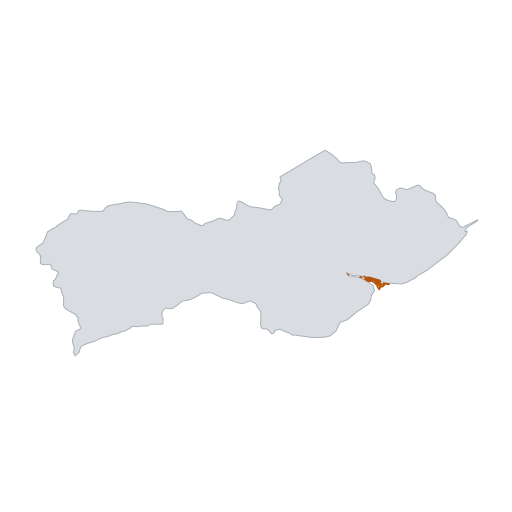 Essequibo I./L.B.E.River, Essequibo Islands-West Demerara, Guyana shown in context, rotated 93°
{"feature_id": "73187651B51062108887281", "entity_name": "Essequibo I./L.B.E.River", "entity_type": "district", "adm_level": 2, "iso_a3": "GUY", "parent_name": "Guyana", "parent_adm1": "Essequibo Islands-West Demerara", "projection": "equal_earth", "projection_center": [-58.518, 6.771], "detail": "fine", "context": "in_parent", "style": "filled", "palette": "amber", "viewbox_px": 512, "rotation_deg": 93, "n_neighbors": 0, "source": "geoboundaries", "source_scale": "gbopen_adm2", "svg_char_len": 6333}
<svg xmlns="http://www.w3.org/2000/svg" viewBox="0 0 512 512"><g transform="rotate(93 256 256)"><path d="M175.7,236.1L166.3,222.0L156.8,207.9L147.5,193.9L146.9,192.0L150.8,185.4L154.3,180.7L157.2,178.0L158.6,175.6L157.6,165.4L157.6,161.7L156.3,157.7L155.3,153.2L156.5,149.5L157.9,146.9L159.7,145.9L164.0,144.9L167.1,144.6L168.2,143.1L170.0,141.3L172.3,141.2L176.9,142.5L179.0,140.2L182.7,137.1L191.2,131.9L193.1,128.4L194.5,123.1L194.3,120.6L193.5,119.6L191.4,118.8L188.1,118.7L185.6,120.0L182.9,119.3L180.7,116.0L180.6,113.3L181.9,109.4L181.1,106.9L176.9,98.8L176.9,96.6L180.0,93.0L181.7,89.9L184.1,82.5L186.0,80.0L191.9,79.2L193.4,77.6L196.5,73.7L200.9,69.3L207.4,65.7L209.2,59.2L210.4,57.5L215.5,54.1L216.4,52.2L216.3,50.6L208.1,36.1L209.7,37.1L216.1,46.6L219.6,48.6L220.4,48.7L220.4,46.2L223.6,47.3L232.0,53.7L244.3,64.4L261.5,84.7L266.4,92.4L269.7,96.0L274.8,104.8L276.3,109.1L276.2,126.3L271.6,137.9L270.5,146.7L270.3,158.3L267.6,165.0L271.1,161.4L272.2,150.9L275.2,144.5L279.1,137.5L284.2,135.8L289.8,138.8L294.3,139.3L298.3,141.4L306.7,152.6L314.9,161.5L317.9,168.6L326.6,172.1L331.8,177.7L333.4,182.6L334.5,195.3L332.8,214.4L333.3,215.4L330.9,219.2L330.5,221.6L329.0,225.8L327.8,228.1L329.5,233.4L331.5,233.7L332.2,234.4L332.7,235.4L332.6,236.5L331.9,237.5L330.0,238.8L328.2,241.9L328.4,245.3L327.2,247.0L323.6,247.9L316.6,247.9L313.1,248.2L310.4,248.8L308.5,250.9L306.2,252.5L304.4,252.8L302.8,255.4L301.2,259.0L301.7,261.4L303.4,264.7L304.4,268.1L303.1,273.5L301.7,277.7L300.9,281.0L299.8,287.1L297.0,293.9L295.1,297.8L295.1,302.0L296.1,308.0L301.6,316.7L303.5,320.8L305.0,327.5L310.0,332.8L313.1,337.0L312.8,342.6L313.3,344.4L315.2,345.8L317.6,346.9L320.2,346.8L322.5,346.3L323.1,345.5L328.5,345.4L329.1,346.8L329.4,354.9L329.7,358.2L331.0,359.5L331.7,361.5L331.8,363.3L332.0,367.8L332.8,370.2L332.7,375.0L333.3,376.8L334.8,378.0L336.6,381.5L337.4,381.9L337.7,383.1L339.4,388.1L340.2,389.5L340.8,389.8L341.0,391.5L342.2,396.1L343.0,397.2L344.5,400.6L345.1,404.3L347.1,408.4L349.1,411.4L350.1,414.4L352.7,421.1L355.2,425.8L358.6,427.0L361.5,427.7L363.3,429.5L365.1,431.4L363.2,432.3L361.5,433.5L359.1,432.6L355.9,433.1L352.5,434.4L349.3,435.1L343.4,433.0L341.6,432.7L340.4,431.8L337.9,427.6L336.8,427.1L333.6,429.1L329.8,430.4L327.9,430.2L325.7,431.6L323.7,433.4L319.8,441.5L317.8,444.4L315.6,445.7L311.3,445.7L306.6,446.0L303.2,447.9L299.9,448.9L298.3,449.1L297.8,453.5L297.0,455.6L296.0,456.7L293.5,457.1L291.2,456.9L289.8,455.1L287.3,454.2L285.0,453.5L283.6,452.4L282.4,452.7L281.4,454.6L280.6,456.1L279.9,459.0L276.5,460.0L275.0,461.6L275.9,467.1L275.5,469.2L274.8,470.9L270.6,471.2L267.1,471.1L265.0,473.1L262.5,475.4L261.0,475.9L259.2,475.7L256.8,473.0L254.4,469.7L248.6,467.3L242.7,465.4L238.9,460.1L238.0,457.5L236.2,456.3L231.7,450.0L229.2,446.0L226.5,444.9L223.4,443.2L223.5,440.3L223.3,437.4L221.9,436.3L220.1,435.5L219.4,433.9L219.6,430.2L220.0,420.7L219.4,411.5L215.3,408.4L213.5,406.2L210.3,392.7L208.8,386.6L208.7,382.1L209.8,368.6L211.0,362.8L214.2,351.1L216.1,347.1L216.2,344.1L216.0,340.3L215.1,332.8L220.5,328.1L222.9,326.1L223.2,322.9L226.2,318.9L227.5,315.1L228.6,312.1L228.3,310.5L227.0,309.6L225.5,306.7L222.3,298.5L221.2,296.8L220.2,294.5L220.7,290.9L222.0,286.9L221.8,285.3L219.9,283.1L216.0,279.6L212.8,279.3L210.3,278.1L206.6,277.9L203.7,277.5L202.0,276.2L202.4,274.0L203.1,272.3L205.6,268.2L207.2,263.8L207.4,259.4L207.9,253.8L208.7,248.8L209.1,243.3L205.2,239.6L203.9,236.6L202.3,233.9L200.6,233.9L197.9,232.8L193.7,236.3L190.5,235.6L188.2,237.0L183.0,236.7L179.7,235.0L175.7,236.1Z" fill="#d9dde1" stroke="#a8b0b8" stroke-width="1"/><path d="M282.9,131.2L281.8,130.6L281.0,130.5L280.7,130.3L279.0,130.7L278.8,131.0L278.3,131.8L276.9,133.6L276.8,133.9L276.8,134.8L276.8,135.9L277.1,135.9L277.7,134.9L279.1,133.6L280.1,133.1L281.3,132.7L281.5,132.5L281.8,131.8L282.8,131.4L282.9,131.2ZM276.5,135.1L276.3,134.5L276.2,134.4L275.9,134.4L275.4,135.0L275.0,135.1L274.7,135.3L274.4,135.8L274.1,136.7L273.9,137.3L273.7,138.4L273.1,140.3L272.9,140.8L272.7,142.0L272.6,144.7L272.7,144.9L273.2,143.3L273.5,142.0L273.9,141.0L274.5,140.2L274.7,139.4L275.1,138.9L275.5,138.2L276.0,137.1L276.4,135.9L276.5,135.5L276.5,135.1ZM280.1,128.3L279.7,127.7L278.6,126.5L278.2,126.3L278.1,126.5L277.9,127.7L277.7,128.4L276.6,130.3L276.4,130.7L276.3,131.6L276.1,132.1L274.9,133.7L274.8,134.2L274.9,134.3L276.1,133.5L276.5,133.1L278.4,130.5L279.1,129.7L280.1,129.0L280.2,128.6L280.1,128.3ZM275.4,130.8L275.3,130.7L275.0,130.8L274.7,131.1L274.6,131.4L273.9,132.4L273.4,134.0L273.1,134.5L272.8,135.5L272.7,136.0L272.7,136.4L272.8,136.4L272.9,135.9L274.0,133.8L275.1,132.2L275.3,131.7L275.4,130.8ZM277.3,122.1L277.2,121.8L276.9,122.0L276.8,122.3L276.7,125.0L276.5,126.6L276.6,127.0L276.8,127.0L277.0,126.4L277.0,125.4L277.3,123.4L277.3,122.1ZM275.3,140.5L275.1,140.3L274.7,141.1L274.2,142.7L274.3,143.0L275.2,141.3L275.3,140.9L275.3,140.5ZM272.5,141.0L272.4,140.5L272.3,140.3L272.1,140.8L272.1,142.0L272.2,142.7L272.4,142.8L272.4,142.6L272.5,141.0ZM273.1,137.2L272.5,137.8L272.3,138.6L272.3,138.8L272.5,138.8L273.0,138.1L273.1,137.8L273.1,137.2ZM274.4,130.8L274.0,131.0L273.5,131.8L273.4,132.1L273.5,132.5L273.6,132.4L273.8,132.2L274.4,131.0L274.4,130.8ZM271.9,141.1L271.8,140.9L271.6,140.9L271.5,141.4L271.6,142.2L271.5,142.5L271.6,142.8L271.8,142.3L271.9,141.5L271.9,141.1ZM274.3,144.4L274.3,144.2L274.1,144.4L273.6,145.1L273.5,145.4L273.6,145.7L274.3,144.6L274.3,144.4ZM272.0,149.5L271.9,149.4L271.8,149.5L271.7,149.7L271.8,150.5L271.9,150.0L272.0,149.7L272.0,149.5ZM272.3,144.2L272.2,143.9L272.0,144.8L272.0,145.3L272.1,145.1L272.3,144.6L272.3,144.2ZM273.9,143.4L273.7,143.5L273.3,144.0L273.2,144.3L273.4,144.3L273.9,143.7L273.9,143.4ZM275.1,142.7L274.8,142.9L274.6,143.1L274.4,143.5L274.6,143.6L275.1,143.0L275.1,142.7ZM271.5,150.3L271.4,150.2L271.3,150.3L271.5,151.6L271.5,150.9L271.5,150.3ZM274.0,141.7L273.9,141.9L273.9,142.2L273.6,142.8L273.6,143.0L273.7,142.9L274.0,142.5L274.1,142.0L274.0,141.7ZM272.1,139.3L272.0,139.2L271.8,139.6L271.8,140.0L272.0,139.9L272.1,139.5L272.1,139.3ZM271.2,146.2L271.0,146.9L271.0,147.2L271.1,147.3L271.3,146.5L271.2,146.2ZM270.0,162.8L270.2,162.6L270.2,162.0L270.0,162.8L270.0,162.8ZM273.3,145.3L273.1,145.5L273.0,145.8L273.1,146.0L273.4,145.3L273.3,145.3ZM275.4,143.1L275.0,143.6L275.3,143.4L275.4,143.2L275.4,143.1Z" fill="#f59e0b" stroke="#b45309" stroke-width="1.5"/></g></svg>